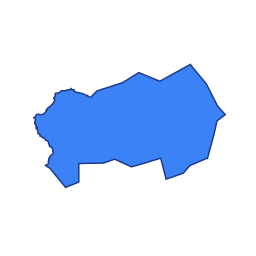 the district of Nalaix, Ulaanbaatar, Mongolia, rotated 237°
{"feature_id": "93677404B72325521473587", "entity_name": "Nalaix", "entity_type": "district", "adm_level": 2, "iso_a3": "MNG", "parent_name": "Mongolia", "parent_adm1": "Ulaanbaatar", "projection": "mercator", "projection_center": [107.515, 47.823], "detail": "fine", "context": "isolated", "style": "filled", "palette": "blue", "viewbox_px": 256, "rotation_deg": 237, "n_neighbors": 0, "source": "geoboundaries", "source_scale": "gbopen_adm2", "svg_char_len": 4182}
<svg xmlns="http://www.w3.org/2000/svg" viewBox="0 0 256 256"><g transform="rotate(237 128 128)"><path d="M59.3,178.1L71.8,192.1L75.6,196.4L84.1,205.1L85.5,206.5L85.5,206.9L85.6,207.4L85.9,212.1L86.2,216.8L86.4,216.8L96.7,215.2L97.5,215.0L97.9,215.1L122.2,217.7L123.4,217.6L126.7,217.2L143.0,215.3L147.1,214.9L147.4,214.9L149.1,191.0L149.9,180.1L165.3,169.5L168.5,167.4L168.6,165.5L169.0,148.4L169.1,147.6L169.9,144.6L176.0,122.2L175.9,121.8L175.6,120.2L174.2,114.1L174.3,113.7L174.3,113.4L174.9,112.6L175.5,112.1L175.8,111.8L176.1,111.6L176.4,111.7L176.7,111.8L177.1,112.0L177.3,112.0L177.4,111.8L177.4,111.7L177.5,111.5L177.6,111.0L177.8,110.7L178.2,110.4L179.1,110.3L179.4,110.1L181.2,108.9L182.9,107.4L184.2,106.0L186.9,103.4L187.0,103.2L187.5,103.1L188.0,103.3L188.3,103.4L188.8,103.3L189.5,103.5L189.9,103.4L190.0,103.1L190.0,102.7L190.3,102.3L190.6,102.0L190.9,101.9L191.1,101.8L191.8,101.7L192.1,101.7L192.1,101.3L192.0,101.0L191.8,100.7L191.8,100.3L191.8,100.0L192.0,99.8L192.1,99.5L192.2,99.3L192.1,99.1L192.1,98.8L192.3,98.5L192.5,98.3L192.9,98.2L193.1,98.0L193.1,97.9L193.1,97.7L193.2,97.2L193.3,96.0L193.7,95.1L193.8,94.9L194.3,94.2L195.1,93.2L195.3,92.9L195.6,92.4L195.5,91.9L195.4,91.5L195.0,90.5L195.0,90.1L195.0,89.5L195.4,88.3L196.4,86.7L196.7,86.1L196.6,85.8L196.5,85.6L196.4,85.6L196.2,85.5L195.7,85.3L195.1,84.9L194.6,84.4L194.4,84.1L194.2,83.7L194.0,83.2L193.9,82.7L193.7,82.2L193.4,81.8L193.2,81.8L192.9,81.9L192.8,82.0L192.3,82.2L192.0,82.1L191.8,82.1L191.2,81.6L190.5,80.6L189.9,79.3L189.7,78.9L189.4,78.3L189.2,77.7L189.1,76.9L189.1,76.7L188.7,75.7L188.6,75.2L188.6,74.8L188.6,74.5L188.6,74.0L188.5,73.8L188.4,73.7L188.3,73.1L188.5,72.4L188.5,71.9L188.2,71.2L188.0,70.3L187.9,70.2L187.6,69.4L187.4,69.0L187.2,69.1L187.1,69.4L186.6,68.5L186.2,67.4L186.0,66.7L185.9,65.0L185.8,64.2L186.0,63.4L186.2,63.1L186.6,62.4L187.3,61.6L188.3,60.3L188.3,60.2L189.0,59.3L189.1,59.0L189.0,58.6L188.9,58.0L188.7,57.6L188.2,57.0L188.0,56.7L187.8,56.3L187.8,55.9L187.9,55.4L188.1,55.1L188.1,54.7L187.7,54.6L187.6,54.9L187.4,55.2L187.1,55.4L186.8,55.3L186.4,55.2L185.6,55.1L185.0,54.4L184.7,54.3L184.3,53.9L184.0,53.3L183.9,53.1L183.7,52.9L183.4,52.9L183.2,52.8L182.9,52.5L182.6,52.3L182.4,52.4L182.2,52.9L181.8,52.8L181.6,52.6L181.4,52.2L181.1,51.9L180.8,51.9L180.5,52.2L180.2,52.3L179.8,52.1L179.3,51.9L178.8,52.1L178.5,52.2L178.1,52.2L178.3,51.7L178.6,51.4L178.5,51.0L178.1,50.9L177.5,50.9L177.1,51.1L176.8,51.3L176.7,51.1L176.6,50.9L175.4,50.7L175.1,50.6L174.7,50.6L174.3,50.7L173.8,50.5L173.4,50.2L172.9,49.8L172.6,49.5L172.3,49.4L172.1,49.6L171.8,49.9L171.4,50.2L170.9,50.4L170.4,50.4L170.0,50.4L169.8,50.2L169.5,49.9L169.2,49.8L168.9,49.9L168.8,50.2L168.5,50.6L168.1,50.8L167.7,50.8L167.1,50.9L166.6,51.0L165.9,51.4L165.5,52.0L165.0,52.5L164.3,52.5L163.1,52.4L162.6,52.2L162.3,52.4L161.9,52.9L161.5,53.3L160.8,53.3L160.3,53.5L159.7,53.7L159.3,53.7L159.0,53.4L158.5,53.1L158.0,52.9L157.3,52.9L157.0,53.0L156.7,53.1L156.3,52.7L156.2,52.5L155.6,52.3L154.9,52.3L154.4,52.6L154.1,53.0L153.6,53.4L153.0,53.4L152.5,53.4L151.8,53.3L150.8,52.9L150.2,52.7L149.4,52.2L148.5,52.2L148.0,51.6L147.5,51.4L147.3,51.2L147.1,50.6L147.1,49.9L147.1,49.5L147.0,49.1L147.0,48.4L146.8,47.8L146.5,47.1L146.3,46.6L146.0,45.9L145.6,45.1L144.8,44.4L144.1,44.3L143.9,44.0L143.8,43.8L143.6,43.3L143.5,43.2L143.4,42.9L142.7,42.6L141.8,42.2L141.7,42.1L141.3,41.7L141.2,41.2L141.2,40.9L141.4,40.6L141.5,40.1L141.6,39.4L141.6,38.9L141.4,38.3L141.0,38.5L137.0,40.5L112.3,43.3L112.3,43.2L112.2,43.2L111.5,47.0L110.6,51.4L109.9,55.1L109.5,57.3L111.0,58.3L113.4,59.9L116.7,62.0L118.0,62.8L120.1,64.2L121.8,65.3L125.0,67.4L122.7,71.1L121.3,73.4L118.5,77.9L116.9,80.3L115.1,83.3L113.1,86.5L111.9,88.4L111.6,89.7L111.0,92.1L110.3,95.0L109.7,97.5L109.1,99.9L107.6,100.8L103.3,103.5L99.3,106.1L96.0,108.2L93.6,109.7L93.0,111.5L92.1,114.4L90.8,118.4L90.3,120.1L89.2,123.9L88.4,126.9L87.4,130.4L86.6,133.0L84.9,139.0L82.5,138.2L79.5,137.2L75.8,136.0L71.4,134.5L66.1,132.7L64.4,132.1L63.9,133.9L63.0,137.4L62.6,139.2L61.7,142.9L61.2,144.9L60.0,149.6L60.6,151.8L61.7,155.5L62.8,159.5L62.6,160.9L62.2,163.1L61.4,167.3L60.7,171.7L59.6,178.0L59.3,178.1Z" fill="#3b82f6" stroke="#1e3a8a" stroke-width="1.5"/></g></svg>